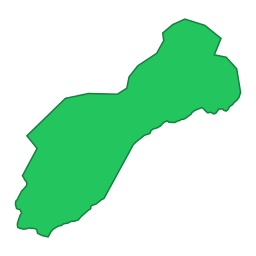 Unicoi, Tennessee, United States of America (Natural Earth projection)
{"feature_id": "52423323B48886024703074", "entity_name": "Unicoi", "entity_type": "district", "adm_level": 2, "iso_a3": "USA", "parent_name": "United States of America", "parent_adm1": "Tennessee", "projection": "natural_earth1", "projection_center": [-82.426, 36.107], "detail": "fine", "context": "isolated", "style": "filled", "palette": "green", "viewbox_px": 256, "rotation_deg": 0, "n_neighbors": 0, "source": "geoboundaries", "source_scale": "gbopen_adm2", "svg_char_len": 1498}
<svg xmlns="http://www.w3.org/2000/svg" viewBox="0 0 256 256"><path d="M172.8,24.5L162.7,33.0L163.7,40.7L156.6,53.4L137.9,65.7L129.1,76.8L126.8,88.2L117.3,94.2L88.5,93.5L65.5,98.3L26.9,135.8L37.1,148.4L22.4,175.8L23.6,177.5L24.7,179.8L26.2,181.5L26.9,183.1L26.6,185.6L24.0,188.6L21.5,191.2L17.2,199.7L16.0,200.8L15.8,201.6L15.4,203.9L16.5,208.4L16.8,208.7L20.0,209.7L21.6,213.1L20.1,215.2L17.7,222.3L17.3,224.4L17.7,227.3L19.5,228.2L23.8,229.2L26.9,228.7L28.6,228.0L34.9,228.6L36.8,229.5L37.4,233.0L38.2,233.7L42.6,235.7L48.1,236.9L50.8,232.1L52.8,229.5L57.0,226.8L58.8,226.0L61.4,225.5L63.4,223.9L68.3,223.0L69.5,222.1L71.9,221.2L74.1,221.4L77.3,220.1L78.2,220.0L81.2,216.5L88.5,210.1L90.1,209.2L90.7,208.5L90.8,206.7L91.5,205.6L96.1,204.0L101.7,199.5L103.9,198.6L129.1,152.4L133.2,144.8L136.1,141.9L144.4,135.3L149.9,133.5L150.8,131.1L152.7,129.1L155.1,128.5L157.8,127.6L161.1,125.5L161.4,124.8L164.4,122.0L167.4,120.9L168.2,121.7L169.1,122.3L174.9,122.5L177.5,121.0L179.3,120.7L181.6,119.3L183.7,119.2L185.6,118.2L191.0,114.2L191.8,112.8L194.3,110.8L197.3,109.3L202.0,107.7L202.6,107.9L207.2,112.6L208.2,112.8L210.8,112.2L212.6,113.4L213.9,113.9L215.6,113.4L217.0,111.7L218.7,109.1L221.0,109.0L222.8,109.1L223.6,110.2L226.1,111.1L227.8,109.8L228.4,108.7L229.5,106.7L231.7,105.2L232.4,104.7L233.0,104.1L233.3,103.4L237.1,99.9L239.0,97.5L240.0,94.2L240.6,92.6L236.7,68.8L226.1,57.2L214.3,54.8L221.0,38.4L204.7,25.3L184.8,19.1L172.8,24.5Z" fill="#22c55e" stroke="#15803d" stroke-width="1.5"/></svg>